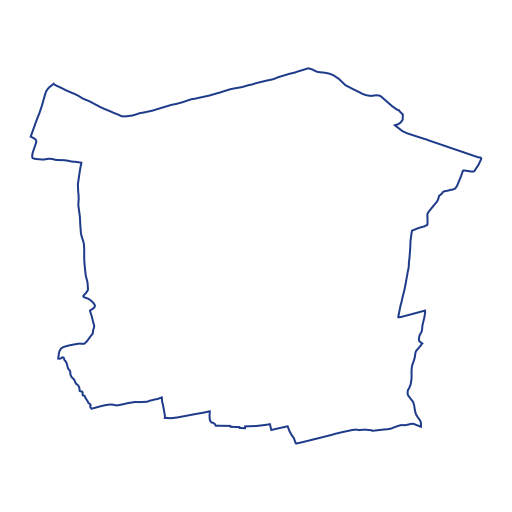 outline of Suan Luang, Bangkok Metropolis, Thailand
{"feature_id": "78962969B46335103611248", "entity_name": "Suan Luang", "entity_type": "district", "adm_level": 2, "iso_a3": "THA", "parent_name": "Thailand", "parent_adm1": "Bangkok Metropolis", "projection": "albers", "projection_center": [100.621, 13.725], "detail": "fine", "context": "isolated", "style": "outline", "palette": "blue", "viewbox_px": 512, "rotation_deg": 0, "n_neighbors": 0, "source": "geoboundaries", "source_scale": "gbopen_adm2", "svg_char_len": 5786}
<svg xmlns="http://www.w3.org/2000/svg" viewBox="0 0 512 512"><path d="M53.6,83.8L52.8,84.5L52.0,85.1L49.5,87.1L48.1,88.5L46.5,90.8L46.0,91.7L44.7,95.7L42.1,105.1L39.4,113.2L36.9,119.4L30.7,136.6L34.1,138.4L34.8,138.9L35.5,139.5L35.9,140.0L36.2,140.8L36.2,141.2L36.3,141.9L36.1,142.7L34.2,148.3L33.6,149.9L32.6,153.1L32.2,155.4L32.3,157.3L32.5,157.9L33.0,158.3L33.5,158.4L34.7,158.8L37.1,159.1L43.2,159.6L47.6,158.9L49.7,158.7L53.7,159.3L55.2,159.8L57.5,160.0L60.0,160.1L62.8,160.1L64.8,160.3L67.3,160.6L71.9,161.6L75.4,161.8L81.4,162.7L81.3,163.5L80.5,167.0L79.7,171.8L77.9,184.2L78.2,192.0L78.5,194.1L78.7,198.9L78.3,205.0L79.9,216.9L80.3,225.1L80.9,232.9L81.5,235.9L83.3,241.5L83.9,244.2L84.0,245.4L84.2,248.9L84.2,258.8L84.5,263.9L85.0,269.0L85.8,275.8L87.5,282.3L88.0,289.3L87.7,290.4L87.3,291.1L85.9,293.1L84.8,294.2L83.8,295.2L83.4,295.8L83.3,296.3L83.7,296.9L84.1,297.2L85.4,297.7L87.9,298.6L89.8,299.7L90.7,300.4L93.2,302.7L93.8,303.5L94.6,304.7L94.9,305.7L94.8,306.4L94.5,307.2L94.1,307.7L92.5,309.0L90.3,310.3L90.1,310.5L90.0,310.9L91.8,316.6L93.4,323.0L93.9,324.7L94.2,325.8L94.1,326.7L93.8,328.2L93.1,330.2L92.7,333.8L91.5,335.1L90.0,337.0L87.8,340.1L86.5,341.7L84.7,343.4L84.1,343.7L83.4,343.8L81.7,343.8L79.9,343.6L78.5,343.7L71.6,344.9L68.3,345.6L65.5,346.4L63.1,347.2L62.6,347.5L61.2,348.4L60.7,349.0L59.6,350.9L59.0,352.9L58.3,357.8L58.2,358.6L59.2,358.7L60.1,358.6L61.1,358.3L62.2,357.4L62.6,357.3L62.9,357.4L63.3,357.5L63.6,357.7L63.8,358.1L64.0,358.5L64.2,359.5L64.5,360.1L65.9,361.7L66.5,362.9L67.1,364.7L67.6,367.0L68.1,368.6L69.0,369.8L69.8,370.6L70.2,371.5L70.4,374.2L70.7,375.2L71.6,377.1L73.5,378.9L74.2,379.7L75.6,382.9L76.0,383.7L77.4,384.7L78.2,385.5L78.7,386.2L79.2,387.5L79.3,387.8L79.5,388.9L79.6,390.7L79.7,390.9L80.0,391.2L80.5,391.3L81.8,391.5L82.1,391.6L82.4,392.0L82.6,392.4L82.6,394.5L82.7,395.3L83.0,395.4L84.2,395.7L84.6,396.0L84.8,396.2L85.1,397.2L87.8,401.6L88.4,402.9L89.8,404.0L90.4,404.5L90.5,404.9L90.6,405.4L90.6,405.6L90.2,406.2L90.3,407.0L90.5,407.5L91.7,408.7L99.6,406.5L104.7,405.3L107.0,404.9L109.3,404.6L110.9,404.5L112.2,404.6L113.7,404.8L115.0,405.2L117.5,405.4L120.7,404.7L124.5,404.0L126.2,403.5L128.0,403.1L135.0,402.0L140.0,402.1L146.2,401.8L147.3,401.7L149.4,400.9L150.3,400.5L151.8,400.3L155.0,399.4L157.0,399.1L158.1,398.8L159.7,398.2L161.1,397.7L161.7,397.4L161.9,397.9L162.0,399.9L162.3,402.5L162.9,404.5L164.9,415.6L165.0,417.1L164.8,417.9L171.4,418.2L177.7,417.4L194.6,414.2L203.8,412.6L209.7,411.3L209.7,413.9L209.5,415.3L209.6,416.9L209.7,418.7L210.0,420.5L210.4,421.1L211.2,422.2L211.7,422.5L213.2,422.9L213.7,423.2L214.6,423.9L215.1,424.4L215.5,425.1L215.7,425.7L230.1,425.9L230.3,426.0L230.4,426.7L230.5,426.8L239.5,427.1L239.8,427.9L239.8,428.0L245.0,428.2L245.1,426.4L256.4,426.0L261.4,425.4L265.7,424.9L269.9,424.2L271.3,430.0L278.1,428.4L287.6,426.3L287.9,426.9L289.1,430.2L289.9,432.0L292.2,435.9L293.8,438.0L295.5,442.7L295.9,443.3L296.2,443.6L296.6,443.4L300.6,442.6L331.7,434.9L334.1,434.1L342.4,432.1L349.0,430.7L351.6,430.1L355.9,429.6L357.3,429.8L358.8,430.1L364.1,429.7L365.8,429.7L369.5,430.1L371.1,430.1L372.0,430.7L372.6,430.8L384.8,429.4L387.1,429.3L390.7,428.7L395.8,426.7L400.9,425.1L405.9,425.1L411.4,423.8L413.7,423.9L420.9,426.8L421.0,424.7L420.8,422.3L420.3,420.9L419.7,419.9L418.0,417.7L415.9,414.1L415.1,411.3L414.1,405.3L413.3,402.4L412.6,401.3L408.1,395.4L407.7,394.3L407.6,392.8L407.8,390.6L408.1,389.8L408.9,388.7L410.6,384.6L411.5,379.1L411.6,375.3L411.5,373.4L411.7,368.3L411.9,366.8L412.5,364.2L413.0,363.1L414.6,358.2L415.5,352.6L416.1,351.0L421.0,345.2L421.9,343.8L422.3,343.5L421.9,343.1L421.3,342.9L419.4,341.2L419.2,340.8L418.9,339.7L419.1,337.2L419.6,335.4L419.9,334.7L421.2,332.5L421.8,330.8L422.1,329.4L422.4,325.6L424.4,317.2L425.1,312.6L425.0,310.6L400.9,317.0L398.4,317.3L398.3,316.6L400.7,304.8L401.4,302.6L401.9,300.3L402.4,297.9L404.3,290.3L405.4,285.1L408.0,270.5L408.6,267.9L408.8,265.6L408.9,262.4L409.5,257.7L410.0,251.2L410.4,244.8L410.5,240.7L411.6,232.9L412.0,230.7L413.5,230.0L414.1,229.9L417.3,228.5L421.2,227.2L424.4,226.4L426.1,225.4L427.1,225.1L427.5,224.1L427.5,217.9L427.3,215.7L427.5,213.7L427.8,213.0L429.3,210.9L436.8,201.8L437.9,199.9L438.5,198.1L439.0,196.0L439.2,195.8L440.5,194.8L441.9,193.5L443.1,191.9L443.4,191.7L444.7,191.2L448.6,190.5L450.0,190.0L452.6,189.6L454.1,189.0L454.9,188.7L455.4,188.2L456.7,186.4L457.1,185.7L460.8,176.8L462.6,171.7L462.9,170.7L463.0,170.6L464.5,170.5L470.9,171.5L472.9,171.6L473.9,171.4L474.3,171.1L477.4,166.5L478.6,164.6L480.1,161.4L480.7,160.2L481.3,158.5L480.6,157.6L478.2,157.3L428.4,140.3L426.5,139.5L423.1,138.5L407.1,133.3L403.2,131.5L401.6,130.5L394.9,125.3L395.9,124.9L397.7,124.4L399.0,123.7L400.5,122.6L401.9,120.9L402.5,120.0L402.7,119.3L402.8,115.0L402.8,114.4L402.5,114.1L401.6,113.3L399.4,111.1L399.2,110.4L398.5,110.2L397.5,109.9L392.4,106.4L382.0,97.3L380.8,96.3L379.6,95.7L377.6,95.3L375.6,95.3L374.5,95.5L371.2,95.9L370.3,95.9L365.8,95.1L362.5,93.9L360.3,92.7L353.6,89.4L345.4,85.2L345.2,85.0L338.8,78.8L334.2,75.8L331.9,74.6L329.9,73.8L325.5,72.8L318.1,72.0L317.2,71.8L315.7,71.2L312.1,69.4L308.8,68.4L307.9,68.4L296.2,72.0L295.1,72.5L289.4,73.8L288.5,74.1L277.8,77.3L276.1,78.1L273.5,79.1L270.6,79.8L267.0,80.5L258.3,82.6L255.0,83.5L252.0,84.5L248.0,85.3L242.5,87.0L233.9,88.5L230.4,89.2L222.4,91.7L220.2,92.5L218.7,92.8L210.2,95.3L208.3,95.8L198.8,97.8L195.0,98.7L191.4,99.2L182.6,102.2L176.0,104.0L172.0,104.7L156.0,109.5L154.4,110.1L151.7,110.8L143.8,112.5L140.0,113.1L134.6,114.9L132.4,115.5L126.2,116.3L124.0,116.4L122.0,116.3L120.6,115.8L118.3,114.6L115.0,113.4L110.9,111.6L102.7,108.2L101.5,107.6L99.6,106.8L99.0,106.3L94.3,103.9L89.5,101.3L83.1,98.7L78.0,95.6L74.8,94.0L72.2,93.0L65.4,90.0L60.9,87.7L56.9,85.9L53.8,84.2L53.6,83.8Z" fill="none" stroke="#1e3a8a" stroke-width="2"/></svg>